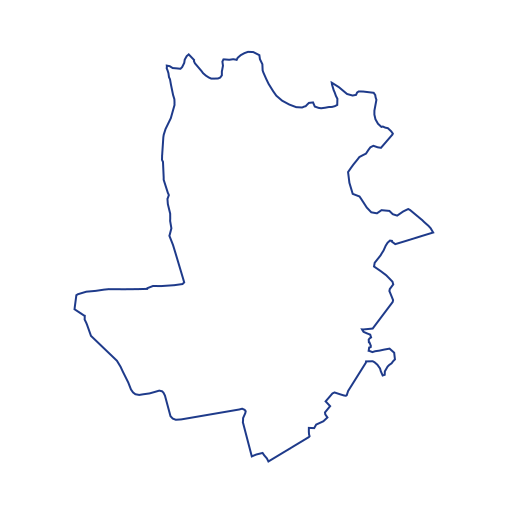 Bilbis, Ash Sharqiyah, Egypt, rotated 99°
{"feature_id": "37247803B42171035160974", "entity_name": "Bilbis", "entity_type": "district", "adm_level": 2, "iso_a3": "EGY", "parent_name": "Egypt", "parent_adm1": "Ash Sharqiyah", "projection": "orthographic", "projection_center": [31.512, 30.409], "detail": "fine", "context": "isolated", "style": "outline", "palette": "blue", "viewbox_px": 512, "rotation_deg": 99, "n_neighbors": 0, "source": "geoboundaries", "source_scale": "gbopen_adm2", "svg_char_len": 4089}
<svg xmlns="http://www.w3.org/2000/svg" viewBox="0 0 512 512"><g transform="rotate(99 256 256)"><path d="M353.2,110.3L349.8,110.7L344.6,108.7L342.7,107.3L340.8,105.3L339.6,104.7L338.3,104.0L336.4,102.6L329.9,104.4L326.6,109.6L328.4,114.8L330.2,119.4L331.4,123.4L332.7,126.0L332.0,129.3L332.0,129.9L328.7,129.9L328.1,128.5L326.8,128.5L323.6,130.4L323.6,131.0L321.0,131.6L319.7,131.0L318.4,129.6L315.8,130.9L315.1,134.1L314.4,136.8L314.1,137.9L312.8,139.1L311.9,139.8L311.8,138.6L310.6,134.0L309.4,129.4L305.8,127.5L280.0,113.8L278.1,113.7L271.8,117.5L269.7,118.8L269.0,118.7L267.7,118.7L262.6,116.0L260.0,117.2L254.7,124.3L251.3,130.7L249.2,135.1L247.9,137.8L244.1,137.7L235.8,133.0L233.9,132.3L230.7,130.9L225.5,129.5L222.3,128.1L219.8,126.1L219.8,124.2L220.5,124.2L222.5,120.3L218.1,111.2L210.4,95.6L205.1,84.7L201.2,87.9L199.2,90.4L197.2,93.6L195.9,95.6L194.5,97.5L194.0,98.4L186.5,111.0L185.8,113.0L187.1,114.9L189.0,117.6L190.9,119.6L192.8,121.6L194.0,122.9L193.5,126.4L193.3,127.5L190.6,131.3L191.1,139.2L194.9,143.2L194.9,145.1L194.8,149.0L190.8,154.2L183.0,161.2L181.0,163.1L180.7,164.6L179.5,170.2L169.1,175.2L158.7,178.2L154.1,176.0L150.4,174.1L144.7,170.8L142.1,169.4L139.6,166.1L137.7,163.4L133.3,161.4L130.7,160.0L128.8,157.3L129.6,152.8L129.6,152.0L129.6,149.5L114.6,140.2L113.7,140.0L113.0,140.7L111.7,142.0L111.0,143.0L109.1,145.8L109.0,148.4L108.3,151.0L108.9,152.3L106.3,156.2L102.3,159.4L100.3,160.2L97.8,161.2L93.9,161.8L82.9,161.5L81.8,162.1L80.3,162.8L78.4,163.4L76.4,165.3L76.8,175.8L77.0,177.4L77.4,180.3L78.7,181.7L81.2,182.4L82.4,185.7L81.8,190.9L81.7,191.5L76.3,200.5L73.3,207.5L73.0,208.3L74.9,207.7L80.1,205.2L82.1,203.9L85.4,202.1L88.0,200.2L94.1,199.4L95.7,201.6L96.9,204.3L97.5,207.5L98.7,210.8L99.9,214.8L99.9,217.4L99.2,221.3L95.4,223.7L96.5,227.7L98.4,229.1L100.3,230.4L100.9,231.8L101.5,232.7L102.1,233.7L102.7,239.6L101.2,246.8L98.5,254.5L94.5,261.0L90.6,264.8L84.0,270.5L79.4,273.7L73.5,277.5L71.6,278.5L65.6,279.7L61.0,282.9L57.1,284.1L55.0,290.6L55.6,295.8L57.4,299.1L60.0,302.5L63.1,305.1L65.3,305.8L65.2,306.6L65.2,309.3L66.4,313.2L66.7,317.3L66.9,318.9L69.3,319.6L73.2,318.4L77.0,318.5L79.0,318.6L82.9,318.0L85.4,319.3L86.6,321.3L86.9,322.7L87.8,327.9L87.1,330.5L85.7,333.7L83.7,336.9L81.8,338.8L75.2,346.5L73.2,347.8L72.1,347.8L67.4,354.0L67.9,354.4L69.4,355.7L73.2,357.1L76.5,357.1L81.0,358.5L82.9,359.9L83.1,363.9L83.4,367.7L82.0,371.0L81.9,373.9L83.2,373.6L84.5,373.6L86.5,372.4L89.1,371.1L93.0,369.9L94.9,368.6L100.1,366.8L109.9,363.1L113.8,361.2L114.6,361.0L117.1,360.5L118.0,360.4L119.6,360.1L133.2,361.7L144.7,365.2L150.6,366.1L153.1,366.1L168.7,364.7L170.6,364.5L171.2,364.5L173.3,364.2L175.7,363.9L177.6,362.6L192.7,359.5L195.2,359.1L207.5,352.9L208.5,352.2L209.5,351.6L212.7,352.2L213.4,352.4L218.5,351.2L227.6,347.4L232.3,346.6L234.8,346.3L240.7,344.3L241.9,343.9L248.0,344.5L249.6,344.7L258.1,339.7L265.9,335.9L290.5,324.1L291.6,323.6L293.3,322.8L295.2,324.2L297.6,332.1L300.6,345.2L301.7,353.0L304.8,358.3L305.5,358.3L307.2,367.5L309.5,381.2L311.8,396.3L313.0,400.9L315.5,408.8L317.8,418.0L321.6,425.9L322.8,427.3L334.7,427.0L337.0,426.9L341.7,416.5L341.8,415.8L343.2,415.6L345.6,415.3L348.4,413.3L350.2,412.2L354.8,409.7L360.7,406.5L381.2,377.0L386.5,372.5L391.1,369.4L400.9,362.4L407.4,358.6L410.0,356.1L411.4,353.5L411.5,349.6L410.2,345.7L408.4,339.7L406.0,334.5L404.1,330.5L404.3,327.6L405.5,326.0L408.1,324.1L427.6,315.4L429.6,312.8L430.3,309.6L429.1,304.3L410.2,248.5L409.0,245.8L409.7,243.2L410.4,242.4L410.5,242.4L411.0,241.9L412.9,242.0L418.1,243.4L420.2,243.1L422.6,242.9L423.3,242.5L454.6,228.8L453.2,226.6L452.0,224.6L449.5,218.7L451.5,216.8L454.2,213.6L455.3,212.8L457.0,211.6L426.5,175.4L425.6,174.9L423.9,175.7L421.4,176.3L417.5,176.9L416.9,171.6L413.1,170.2L410.9,166.9L408.7,163.6L404.3,160.2L401.6,162.8L399.7,163.4L392.7,159.3L388.7,164.5L379.8,159.0L378.5,157.1L379.5,150.9L380.0,147.3L380.0,145.4L379.3,144.6L374.9,143.9L345.6,131.4L344.2,130.8L342.9,130.8L342.3,127.5L341.7,124.3L342.4,122.3L344.4,119.1L347.7,115.9L350.3,114.7L354.2,112.2L353.2,110.3Z" fill="none" stroke="#1e3a8a" stroke-width="2"/></g></svg>